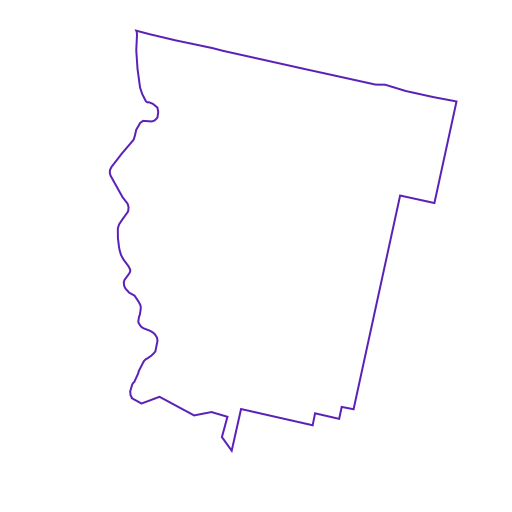 Asotin, Washington, United States of America, rotated 192°
{"feature_id": "52423323B79616802808075", "entity_name": "Asotin", "entity_type": "district", "adm_level": 2, "iso_a3": "USA", "parent_name": "United States of America", "parent_adm1": "Washington", "projection": "albers", "projection_center": [-117.06, 46.229], "detail": "fine", "context": "isolated", "style": "outline", "palette": "violet", "viewbox_px": 512, "rotation_deg": 192, "n_neighbors": 0, "source": "geoboundaries", "source_scale": "gbopen_adm2", "svg_char_len": 1554}
<svg xmlns="http://www.w3.org/2000/svg" viewBox="0 0 512 512"><g transform="rotate(192 256 256)"><path d="M347.9,91.1L337.4,87.9L321.1,98.2L283.4,87.2L267.2,94.1L250.5,92.8L251.7,71.8L239.3,60.5L238.8,103.2L165.4,102.2L165.5,114.4L140.8,114.0L140.8,126.2L128.7,126.4L127.6,345.1L92.5,344.9L92.0,448.8L94.6,448.8L94.8,448.8L115.3,448.3L143.9,448.5L165.3,450.4L174.7,448.5L245.1,449.0L246.4,449.0L247.5,449.0L330.4,449.8L341.3,450.3L379.4,450.2L405.6,450.8L420.0,451.5L419.3,450.5L418.4,447.7L415.9,432.3L410.8,414.4L404.4,396.6L401.0,390.8L395.9,384.5L394.1,383.7L392.5,384.1L388.5,383.4L383.3,380.7L381.6,376.6L381.3,372.8L381.2,371.2L381.7,369.9L383.4,367.5L384.5,366.7L386.1,365.9L394.6,364.7L397.0,362.0L399.4,354.6L399.5,348.1L399.9,344.3L401.0,342.2L408.5,328.4L415.9,313.0L416.7,309.6L416.3,307.1L415.1,304.5L404.8,292.7L398.6,285.6L392.5,280.5L390.8,277.3L390.4,273.9L390.6,272.3L394.5,263.6L396.5,258.4L396.9,254.3L394.8,244.8L391.6,235.6L390.2,232.5L388.2,228.9L386.8,227.2L384.8,224.9L378.3,219.2L376.1,216.3L375.9,214.5L376.2,212.9L379.7,205.1L379.8,202.6L378.7,199.3L376.9,197.0L372.5,193.8L366.6,192.0L361.5,187.1L359.0,184.1L358.0,181.9L357.7,179.6L357.4,174.4L357.8,172.2L357.5,167.4L357.1,166.4L354.9,164.0L353.2,162.7L351.0,161.9L344.6,160.9L341.0,159.8L338.6,158.4L335.8,155.5L334.7,152.5L334.7,151.6L334.6,141.8L335.6,139.8L337.7,136.7L341.0,133.2L342.3,132.2L343.8,129.9L346.7,119.3L346.8,116.8L348.8,107.7L349.8,106.2L350.4,104.4L350.9,97.4L349.8,93.8L347.9,91.5L347.9,91.1Z" fill="none" stroke="#5b21b6" stroke-width="2"/></g></svg>